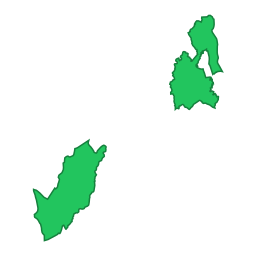 outline of Jonotla, Puebla, Mexico
{"feature_id": "50627088B1268038266758", "entity_name": "Jonotla", "entity_type": "district", "adm_level": 2, "iso_a3": "MEX", "parent_name": "Mexico", "parent_adm1": "Puebla", "projection": "natural_earth1", "projection_center": [-97.514, 20.084], "detail": "fine", "context": "isolated", "style": "filled", "palette": "green", "viewbox_px": 256, "rotation_deg": 0, "n_neighbors": 0, "source": "geoboundaries", "source_scale": "gbopen_adm2", "svg_char_len": 5695}
<svg xmlns="http://www.w3.org/2000/svg" viewBox="0 0 256 256"><path d="M34.3,214.0L34.5,215.4L34.5,216.5L34.8,217.3L36.6,218.5L37.6,219.4L38.6,220.9L39.7,223.1L40.6,224.2L41.5,227.9L41.6,229.8L42.1,232.4L42.7,233.5L44.3,235.3L44.4,240.6L48.1,239.5L57.7,234.3L58.2,233.3L58.4,233.2L59.1,233.2L59.5,233.5L59.8,233.5L60.4,232.7L61.5,229.8L62.3,226.3L62.5,225.9L63.0,225.8L63.3,225.3L63.8,225.3L65.4,228.6L65.8,229.1L66.0,229.2L67.7,227.2L67.9,226.2L67.8,225.8L68.1,225.6L68.2,225.3L68.6,225.2L68.8,224.9L69.0,224.9L69.8,224.1L71.1,222.4L71.3,221.8L72.0,221.6L72.1,221.3L72.0,219.8L72.4,218.9L72.9,218.7L72.9,218.0L72.7,217.5L73.0,216.7L73.5,216.2L73.5,215.4L74.1,213.7L75.1,213.4L75.6,212.9L75.9,212.8L77.3,212.9L78.6,212.0L78.8,211.3L78.7,210.0L79.0,209.2L80.1,208.7L82.2,209.1L83.7,208.8L84.2,208.4L84.9,207.2L87.5,206.1L88.6,205.1L88.9,203.9L89.2,201.8L89.5,198.4L89.8,197.6L89.8,196.7L89.6,195.9L90.3,194.5L90.9,193.8L91.4,193.5L91.7,192.7L92.1,192.2L93.4,191.8L93.9,190.9L94.2,189.1L94.8,185.5L94.6,182.7L94.4,181.9L94.4,181.6L94.8,181.6L94.9,181.4L95.0,181.0L94.6,179.4L95.0,178.1L95.0,177.0L96.4,174.8L96.0,174.3L95.0,172.4L94.8,171.8L95.0,171.0L95.8,170.4L96.2,170.0L96.4,169.3L96.5,167.1L97.8,165.9L98.5,164.5L98.8,162.0L100.0,161.1L101.5,160.5L102.1,158.7L102.6,157.8L104.0,156.7L104.3,156.2L104.1,154.7L103.2,153.3L103.2,152.9L103.3,152.5L103.6,152.2L105.5,151.5L105.7,151.2L105.9,149.6L105.7,148.6L106.1,147.0L105.9,146.6L105.5,146.1L104.1,145.3L103.5,145.3L102.3,145.9L100.8,147.1L97.8,150.4L97.3,151.1L96.9,152.5L96.3,153.1L95.0,152.8L94.0,152.2L93.6,150.9L93.2,150.5L92.8,149.6L90.6,146.7L89.4,145.6L88.4,144.1L88.2,142.6L88.8,140.3L77.7,147.6L76.2,148.3L74.9,148.6L74.5,151.3L73.8,154.5L73.0,155.7L70.0,157.0L69.0,156.8L68.0,156.1L67.3,156.2L66.2,156.7L64.8,157.9L64.4,162.4L63.2,163.1L63.5,167.5L63.3,169.6L63.0,170.4L62.3,172.0L61.9,172.8L59.1,175.0L58.8,175.5L58.3,177.3L59.3,178.9L59.4,179.8L58.7,182.3L58.1,183.8L57.5,186.9L57.1,187.6L55.7,188.9L54.8,188.1L47.6,199.2L44.0,197.3L39.8,193.0L37.1,190.8L36.0,190.1L34.5,189.8L33.6,189.4L33.6,190.6L33.8,191.4L35.1,194.9L35.6,197.3L36.4,199.8L37.9,207.5L38.0,208.9L37.7,210.9L37.1,212.0L35.7,213.5L34.5,214.3L34.3,214.0ZM222.4,71.6L219.5,66.3L217.6,63.1L217.4,61.3L217.7,59.6L218.2,58.4L218.2,57.2L217.4,54.2L217.2,52.0L217.3,46.3L217.6,44.6L217.0,40.4L216.5,38.6L212.4,32.4L211.9,31.0L212.0,29.8L212.9,28.9L213.3,28.2L213.8,26.7L214.1,24.8L214.1,23.2L213.9,19.2L213.2,18.9L212.3,16.9L210.3,15.4L208.8,15.4L208.3,15.7L207.5,16.7L206.5,16.9L201.8,17.1L201.7,17.7L201.7,18.7L202.0,19.2L202.1,19.6L201.7,20.8L201.1,22.1L200.3,21.6L198.5,20.9L196.7,20.9L195.7,22.0L194.7,23.8L195.2,24.1L194.3,25.2L194.4,26.2L192.0,28.8L190.6,29.4L190.2,30.1L190.2,31.4L189.7,31.4L189.5,32.3L188.2,32.7L188.8,34.6L191.1,38.0L191.2,38.4L191.1,39.2L192.1,42.5L191.8,43.2L192.5,44.9L192.9,45.6L195.0,47.9L194.9,48.0L195.6,49.1L196.5,49.9L196.8,49.7L197.2,51.0L196.8,51.4L197.3,52.2L197.2,53.5L197.4,54.0L197.7,54.2L196.4,55.7L191.8,61.2L191.0,61.0L191.5,60.0L191.0,59.1L189.8,57.9L189.6,57.3L187.9,56.7L187.6,56.5L187.9,56.0L188.0,53.6L187.1,53.1L185.9,53.0L185.5,52.3L185.5,52.0L184.9,52.0L184.5,51.7L184.0,51.6L183.4,51.7L182.8,52.3L182.8,52.9L182.1,55.0L181.7,55.4L181.1,55.6L180.5,56.5L180.5,57.2L181.3,57.8L181.6,58.8L181.5,59.2L181.1,59.3L181.1,59.8L180.2,60.0L179.8,60.6L179.5,60.7L179.1,59.8L178.9,58.3L178.7,58.1L177.3,58.6L176.5,59.1L176.1,59.4L175.9,59.9L175.8,60.7L176.0,61.1L177.0,61.7L177.2,62.1L177.2,63.4L176.8,63.7L175.1,63.8L174.7,63.9L174.4,64.3L174.7,65.6L175.0,66.2L175.3,67.1L175.0,67.5L175.1,68.1L174.8,68.7L175.0,68.9L175.0,69.3L173.9,71.5L173.5,71.7L173.1,72.1L172.5,72.7L172.5,73.1L172.5,73.4L173.4,74.4L173.4,74.7L172.7,75.5L172.8,75.8L173.3,76.2L174.2,77.4L174.4,78.4L174.5,79.4L172.9,80.0L172.8,80.4L172.4,81.0L171.7,81.6L170.4,82.1L170.3,82.4L170.3,83.1L169.9,83.7L169.8,84.3L170.8,85.0L170.9,85.7L170.4,87.0L170.8,87.5L171.2,87.7L171.5,88.9L171.9,89.5L171.8,91.1L170.8,92.2L170.7,92.7L170.8,94.1L171.7,93.9L172.9,94.0L174.3,96.6L174.0,97.8L174.3,99.6L174.0,101.2L174.5,103.2L175.1,104.5L175.1,105.2L174.7,105.7L175.5,106.8L175.3,107.3L175.3,109.3L176.0,108.6L177.2,108.2L178.7,108.7L179.1,108.0L179.0,106.3L179.4,106.0L180.4,105.9L181.6,104.9L182.5,104.5L183.0,104.5L183.8,105.2L184.5,106.5L185.2,107.3L185.8,107.2L187.1,107.7L188.8,109.2L189.3,109.4L190.4,108.5L190.9,107.5L191.8,107.0L192.9,105.7L193.4,104.5L193.9,104.1L197.4,101.8L199.3,100.4L199.9,100.4L201.9,101.6L202.1,102.5L202.9,103.1L203.4,103.4L205.1,103.1L206.0,103.3L206.9,103.9L209.7,104.9L212.7,107.2L214.9,108.0L214.5,106.6L214.6,106.1L215.3,105.0L215.1,103.6L217.0,102.1L217.8,100.3L218.1,100.0L218.3,99.1L218.3,98.7L218.1,98.6L218.5,97.0L218.4,96.5L217.9,96.4L216.7,96.7L216.5,95.9L215.9,95.2L216.0,94.6L215.1,93.6L213.9,94.5L213.2,94.8L213.0,94.5L214.1,93.8L213.4,92.7L213.7,91.7L212.0,91.0L210.3,91.6L210.0,91.4L210.1,90.8L211.0,89.7L210.6,89.0L210.5,88.0L211.8,87.9L211.6,86.9L212.2,86.9L211.9,85.5L212.5,85.4L212.0,84.2L213.4,84.0L213.2,82.6L212.9,82.6L212.3,81.1L212.1,81.1L212.2,79.8L210.0,80.0L210.2,78.6L211.5,78.4L210.8,77.2L209.7,77.1L205.8,77.6L205.3,76.2L204.5,73.3L203.4,70.5L203.2,69.0L202.9,68.9L202.2,69.2L199.9,68.8L197.3,67.6L196.5,66.8L197.7,66.3L197.4,65.6L196.8,66.5L196.0,65.1L198.1,62.7L198.2,61.3L199.7,58.8L200.1,58.5L199.9,56.9L201.0,55.8L200.6,54.6L201.3,54.3L201.0,52.8L201.6,52.6L202.0,51.9L202.4,53.4L203.2,53.2L203.1,51.0L205.4,50.0L206.5,49.2L206.6,50.9L207.7,50.9L209.2,57.0L209.3,59.3L208.9,63.9L209.4,64.8L209.9,65.3L212.8,74.4L213.5,73.7L214.1,73.6L214.3,73.8L214.7,73.4L215.0,73.0L215.6,72.7L215.7,72.4L216.2,72.1L216.7,72.2L217.3,71.6L220.6,71.2L222.4,71.6Z" fill="#22c55e" stroke="#15803d" stroke-width="1.5"/></svg>